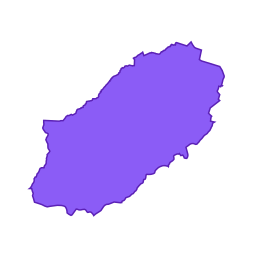 the district of Hasmas, Arad, Romania, rotated 192°
{"feature_id": "2599482B66342132311971", "entity_name": "Hasmas", "entity_type": "district", "adm_level": 2, "iso_a3": "ROU", "parent_name": "Romania", "parent_adm1": "Arad", "projection": "albers", "projection_center": [22.1, 46.547], "detail": "fine", "context": "isolated", "style": "filled", "palette": "violet", "viewbox_px": 256, "rotation_deg": 192, "n_neighbors": 0, "source": "geoboundaries", "source_scale": "gbopen_adm2", "svg_char_len": 5849}
<svg xmlns="http://www.w3.org/2000/svg" viewBox="0 0 256 256"><g transform="rotate(192 128 128)"><path d="M212.0,117.9L212.0,117.6L211.8,117.1L211.7,116.4L211.5,115.5L211.2,114.9L211.1,114.2L211.0,113.3L211.2,112.3L211.3,111.3L211.4,110.6L211.3,110.1L210.5,109.0L209.9,108.4L209.0,107.6L208.3,106.9L207.8,106.4L206.9,106.2L206.3,106.2L205.1,105.9L204.8,105.1L204.8,104.2L204.9,103.5L205.7,101.4L205.7,100.3L205.9,99.4L205.7,99.1L205.1,98.3L204.4,97.3L203.7,96.5L203.1,95.8L202.7,94.2L202.3,92.5L201.8,91.3L200.1,89.7L199.6,89.0L200.1,87.7L201.6,85.1L201.4,84.6L201.2,83.9L201.3,83.2L201.4,82.0L201.5,81.3L201.2,80.7L201.1,80.2L201.1,79.5L201.1,78.6L200.9,77.5L200.7,76.6L200.9,75.6L201.6,74.1L202.0,73.1L201.8,71.9L201.9,71.6L202.6,71.5L203.2,71.4L204.4,71.1L205.5,70.2L205.8,69.3L205.9,67.7L206.2,66.4L206.9,64.8L207.4,64.2L207.4,63.2L207.5,62.1L207.6,61.1L208.2,60.9L208.7,60.6L208.9,59.7L209.3,58.8L209.0,57.9L208.8,56.9L208.8,56.0L209.0,55.1L209.4,54.2L209.9,53.1L210.2,51.1L211.1,49.0L211.7,48.3L209.6,48.7L208.6,46.6L207.1,44.3L207.3,41.9L205.9,39.6L204.0,36.0L200.8,35.7L196.4,35.2L192.9,34.3L190.6,34.1L188.0,35.2L185.2,36.2L181.0,37.7L177.0,38.4L174.8,38.4L173.4,38.1L172.8,37.8L171.5,36.3L170.9,35.2L170.4,34.0L169.9,32.3L167.8,31.3L165.6,30.7L164.6,31.5L163.2,34.7L161.8,37.9L160.7,38.0L159.0,37.7L157.3,38.0L155.8,38.7L153.8,39.4L152.6,39.2L152.2,38.9L151.7,38.5L150.8,37.5L149.8,37.1L148.6,37.6L148.0,38.0L147.4,38.0L146.4,37.9L146.0,37.6L144.1,36.2L143.3,35.2L141.9,37.1L138.3,40.6L137.3,41.7L135.5,46.2L134.7,47.5L133.2,48.8L131.2,49.4L126.2,52.7L119.8,53.3L119.0,54.0L118.7,53.1L118.5,55.2L116.9,56.3L116.2,57.4L115.7,59.3L114.0,60.4L113.1,60.9L112.1,61.6L111.5,62.7L110.8,63.5L110.4,64.2L109.3,64.9L108.7,66.1L108.1,67.5L107.4,68.0L106.7,69.6L106.6,71.1L106.2,72.2L105.6,72.9L105.3,73.9L104.6,74.8L104.1,75.8L102.2,77.3L101.9,78.0L102.0,80.6L101.8,81.0L101.0,81.2L100.5,81.7L100.3,83.0L100.5,84.9L100.5,86.0L100.0,86.6L98.5,86.8L96.5,87.3L95.2,87.8L93.7,88.6L92.7,89.5L92.6,90.3L92.5,91.9L91.6,93.4L90.3,95.3L89.1,96.5L87.0,97.9L86.0,98.4L84.0,98.9L80.8,98.9L80.5,98.6L80.4,99.0L80.7,100.2L80.3,101.1L79.9,101.7L80.0,102.3L79.7,103.1L77.6,105.2L76.6,106.8L76.8,108.2L77.2,108.9L77.5,109.9L77.2,110.8L75.2,112.4L74.2,112.9L73.1,113.0L72.5,113.7L70.6,112.0L68.8,112.9L67.5,111.6L66.7,110.4L65.6,110.3L64.2,110.5L63.7,112.1L63.7,113.5L64.0,114.7L67.3,121.2L66.9,121.7L64.8,124.0L64.4,124.6L63.4,125.5L62.2,126.1L60.8,126.4L59.2,126.2L58.3,126.1L57.2,126.6L56.5,127.9L55.8,128.9L55.5,129.7L55.0,130.9L54.3,132.0L53.6,133.0L53.0,134.2L52.4,135.5L51.9,136.4L50.8,137.7L50.0,138.4L49.3,139.3L49.0,140.1L48.4,141.2L47.4,142.7L47.1,144.1L46.8,144.9L46.8,145.8L46.3,146.9L46.1,148.2L46.2,149.3L46.1,150.2L45.7,150.9L44.9,151.5L44.6,151.8L48.7,151.8L48.8,152.4L48.7,153.0L49.1,154.2L48.9,154.8L49.0,155.6L49.1,155.9L48.6,156.9L50.5,158.0L52.3,159.2L51.7,164.8L44.0,173.9L45.6,174.9L45.2,179.7L46.5,180.7L47.8,181.7L48.4,182.7L47.8,185.3L47.9,187.7L46.0,187.6L45.9,188.5L44.6,188.7L44.4,189.0L45.1,189.2L45.4,189.2L45.3,190.8L45.2,193.8L45.2,195.2L44.6,197.5L44.7,198.8L47.8,203.8L51.0,207.2L70.2,208.9L72.4,209.8L72.4,219.5L78.3,220.2L79.8,220.7L82.2,222.9L84.2,225.3L87.4,220.5L98.0,221.6L98.4,221.6L98.7,221.5L98.9,221.2L99.0,221.0L99.1,220.8L99.2,220.6L99.1,220.4L99.0,220.2L99.2,219.8L99.2,219.7L98.9,219.6L98.9,219.4L98.9,219.2L99.0,219.0L99.7,219.0L100.0,218.9L100.6,218.7L100.8,218.5L101.3,218.7L101.7,218.6L102.0,218.8L102.2,218.7L102.4,218.8L102.6,218.8L102.6,218.5L103.1,218.4L103.3,217.8L103.3,217.5L103.6,217.4L103.5,216.9L103.6,216.7L103.8,216.3L104.0,216.3L104.5,216.1L105.3,215.7L105.7,215.5L105.8,215.0L106.6,214.2L106.9,213.8L107.4,213.1L107.5,212.6L107.7,212.2L108.2,211.7L108.9,211.5L109.1,210.9L109.5,210.8L110.1,210.3L110.2,209.8L110.4,209.7L110.7,209.5L111.2,209.5L111.4,209.2L111.7,208.3L112.0,207.5L112.7,206.8L113.5,206.6L116.6,206.5L117.0,206.8L117.5,206.7L118.3,206.8L118.9,206.8L119.5,206.7L120.6,206.8L120.8,206.3L121.3,206.1L122.0,206.2L122.3,205.8L123.3,205.2L124.4,204.3L125.0,203.9L125.7,203.4L126.6,202.7L127.5,202.1L129.4,205.2L129.8,204.6L130.0,204.3L130.3,204.0L130.5,204.0L130.7,203.8L131.0,203.5L132.0,202.3L132.5,201.9L133.0,201.6L133.3,201.3L133.6,200.9L133.8,200.5L134.6,199.5L134.8,199.1L135.4,198.6L135.9,198.5L136.5,198.1L137.2,197.4L135.8,196.2L134.8,190.4L135.4,190.3L136.2,189.7L136.6,189.8L138.1,189.7L139.2,189.8L139.6,189.8L140.7,189.1L141.1,188.6L141.7,188.3L142.3,188.5L142.7,188.4L143.1,188.2L143.7,188.0L144.0,187.6L144.0,186.9L144.5,186.4L145.0,185.8L145.3,185.7L146.1,185.8L146.2,185.3L146.5,185.1L147.0,184.8L147.1,184.4L147.0,183.6L147.2,183.3L147.4,183.0L147.7,182.5L147.5,181.7L147.7,181.0L147.6,180.6L147.8,180.4L148.5,180.0L148.5,179.9L148.4,179.3L148.7,178.6L148.9,178.2L149.5,178.1L149.7,177.8L150.1,177.1L150.8,176.8L151.5,176.3L152.7,175.6L152.9,175.2L153.3,174.9L153.9,174.2L153.8,173.8L154.4,173.3L154.6,172.7L155.0,172.2L154.9,171.6L155.0,171.3L155.6,170.8L155.7,170.6L155.4,170.2L155.6,170.0L156.0,169.6L156.3,169.0L156.8,168.0L157.3,167.0L158.4,165.4L158.6,164.9L158.8,164.4L159.1,163.7L159.4,163.5L159.9,162.6L160.7,160.8L161.0,160.3L161.5,159.8L161.9,159.5L161.8,158.9L162.0,158.7L161.8,158.1L162.5,157.7L162.2,157.0L162.7,156.4L163.3,155.4L163.6,153.9L163.2,152.7L163.8,151.5L164.6,151.1L165.3,150.1L166.8,149.6L167.5,149.5L168.5,149.3L168.6,148.7L168.7,147.8L169.9,146.9L170.8,146.7L171.3,146.2L172.2,146.1L173.0,145.7L174.0,145.3L174.1,144.4L174.0,143.9L174.1,143.0L174.7,142.6L174.8,141.7L175.4,141.1L176.2,140.6L176.4,139.6L176.2,138.8L177.4,138.5L177.8,137.9L178.2,137.9L178.3,137.3L179.4,136.7L180.2,136.3L181.2,135.8L181.6,135.3L182.0,133.0L182.0,131.8L182.9,130.8L184.1,129.8L185.0,129.1L186.4,129.5L188.4,127.8L189.5,127.8L190.9,126.4L191.6,124.5L193.0,121.7L195.2,121.2L196.7,120.4L212.0,117.9Z" fill="#8b5cf6" stroke="#5b21b6" stroke-width="1.5"/></g></svg>